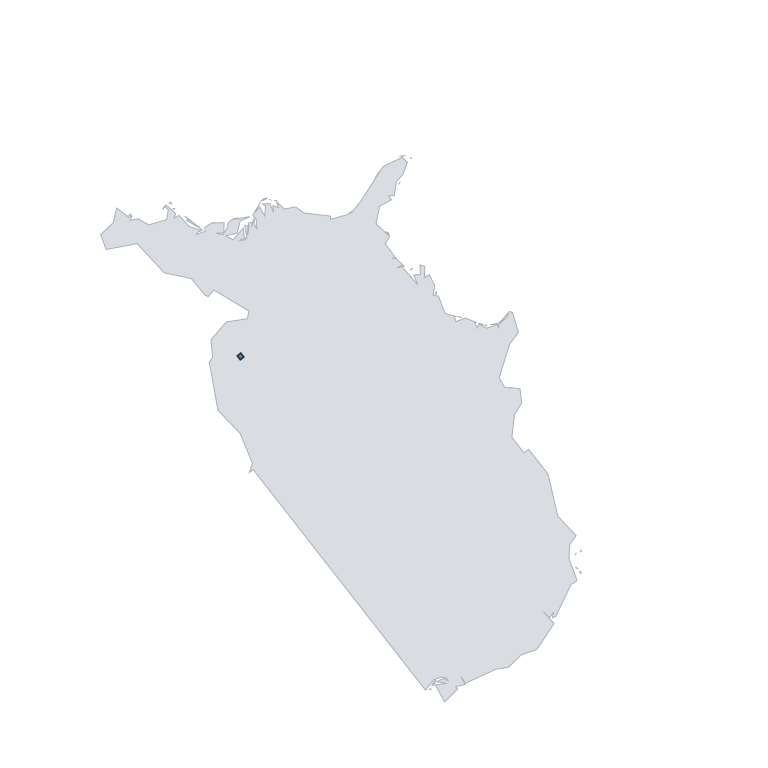 Wexford, Michigan, United States of America (highlighted), rotated 232°
{"feature_id": "52423323B1059568410794", "entity_name": "Wexford", "entity_type": "district", "adm_level": 2, "iso_a3": "USA", "parent_name": "United States of America", "parent_adm1": "Michigan", "projection": "robinson", "projection_center": [-85.559, 44.339], "detail": "fine", "context": "in_parent", "style": "filled", "palette": "slate", "viewbox_px": 768, "rotation_deg": 232, "n_neighbors": 0, "source": "geoboundaries", "source_scale": "gbopen_adm2", "svg_char_len": 3945}
<svg xmlns="http://www.w3.org/2000/svg" viewBox="0 0 768 768"><g transform="rotate(232 384 384)"><path d="M606.9,279.3L646.6,275.9L661.1,247.8L676.2,252.7L677.8,270.0L687.3,281.6L672.4,285.7L671.8,288.9L669.1,284.9L665.7,291.8L654.2,296.6L647.3,314.0L654.3,321.4L658.7,320.5L657.4,317.2L658.9,318.8L659.4,322.4L646.7,324.9L644.1,320.9L643.0,326.3L628.2,327.5L617.3,334.5L618.3,330.5L617.2,328.0L614.5,337.3L617.7,339.0L617.0,347.0L609.7,357.3L601.7,350.9L606.2,344.4L600.9,348.9L603.3,356.1L606.7,360.2L607.4,364.8L598.4,381.5L601.0,371.0L593.3,361.1L597.9,350.6L590.6,353.8L593.5,369.2L586.3,364.5L583.8,365.0L586.0,360.2L585.8,358.7L583.4,362.5L583.4,365.8L594.5,371.8L592.1,374.5L587.1,369.1L585.2,368.2L591.5,374.7L594.2,376.0L592.7,379.9L589.3,376.8L594.6,382.8L593.4,383.6L590.8,380.5L584.1,379.1L592.5,384.8L597.8,384.6L603.4,398.9L598.5,387.9L600.1,395.0L590.1,393.5L597.4,400.6L600.9,398.6L596.6,405.0L587.1,402.7L592.9,406.1L588.0,409.3L593.9,411.7L583.3,413.1L577.9,423.5L568.0,426.3L549.2,445.2L546.7,443.1L539.6,460.4L539.1,464.7L542.2,477.9L556.0,517.1L551.4,537.8L544.4,539.0L537.4,527.9L536.1,518.7L526.1,508.0L529.5,503.3L524.6,503.5L526.7,489.8L515.0,476.2L496.9,479.4L493.7,471.4L476.0,470.8L478.2,467.7L475.1,470.8L467.0,472.2L467.0,466.1L465.6,470.4L441.2,471.6L451.5,474.6L447.9,480.2L455.7,485.7L451.6,488.6L443.0,481.3L442.3,487.0L430.3,484.5L423.7,477.4L419.5,481.0L402.0,475.5L391.7,483.3L394.3,481.1L388.8,479.1L385.8,488.8L374.9,495.0L377.5,493.2L370.5,492.2L372.8,495.5L364.5,499.6L361.1,510.3L357.4,508.6L360.5,511.5L360.8,521.3L364.0,527.3L361.4,529.4L342.0,521.8L338.0,507.4L318.0,478.6L307.4,477.0L296.7,488.3L284.3,480.8L279.2,467.6L263.3,452.0L243.7,451.9L243.3,457.8L212.0,457.8L172.8,439.6L146.1,442.0L143.4,432.0L132.9,422.5L110.2,415.1L110.9,408.0L95.1,376.3L96.2,373.0L99.7,377.2L98.0,370.3L106.6,369.6L90.6,370.5L80.7,340.9L86.1,325.3L84.2,307.7L90.4,296.3L98.1,263.7L105.8,264.6L97.3,262.9L101.4,254.2L98.4,254.3L96.2,236.0L115.2,239.2L109.7,248.8L117.2,241.9L115.2,250.0L110.2,251.9L113.5,252.3L117.7,249.0L120.4,240.8L117.2,228.2L397.0,228.2L397.3,223.4L402.3,231.4L433.5,240.2L465.5,237.0L508.7,259.6L510.5,265.4L525.4,274.9L530.0,297.9L519.6,316.4L524.6,322.5L562.8,307.8L561.1,299.2L564.5,297.7L585.7,297.1L606.9,279.3ZM632.9,331.4L639.2,330.4L616.9,335.9L635.2,329.2L632.9,331.4ZM117.3,236.0L119.0,241.1L118.7,241.9L115.8,238.0L117.3,236.0ZM363.7,525.6L361.3,516.9L361.6,512.0L361.9,517.2L363.7,525.6ZM674.1,286.4L674.1,289.1L673.1,288.5L674.1,286.4ZM423.9,479.9L424.3,482.0L422.4,480.3L423.9,479.9ZM118.5,423.1L121.3,422.0L121.5,422.4L118.5,423.1ZM115.7,422.4L114.5,423.8L113.7,422.5L115.7,422.4ZM652.6,325.3L650.9,327.0L650.4,326.6L652.6,325.3ZM363.2,507.5L361.6,511.4L365.5,503.8L363.2,507.5ZM552.0,504.2L554.6,511.9L551.5,503.4L552.0,504.2ZM131.6,429.6L132.6,431.7L131.5,429.8L131.6,429.6ZM552.6,539.0L550.4,541.4L554.0,536.3L552.6,539.0ZM604.3,403.7L601.9,406.7L603.7,399.5L604.3,403.7ZM115.4,231.8L115.2,233.3L114.2,232.6L115.4,231.8ZM372.9,497.0L369.0,498.8L373.0,496.4L372.9,497.0ZM658.7,326.1L658.7,328.0L656.8,327.5L658.7,326.1ZM131.0,435.4L131.7,438.0L130.6,435.7L131.0,435.4ZM368.0,500.3L366.5,501.3L367.8,499.7L368.0,500.3ZM606.5,368.0L604.0,372.0L606.8,366.5L606.5,368.0ZM390.4,485.0L387.9,486.5L391.6,483.9L390.4,485.0ZM540.1,462.5L539.7,465.7L539.4,463.4L540.1,462.5ZM594.8,412.2L594.0,412.8L596.4,410.4L594.8,412.2ZM503.4,478.7L500.3,480.4L499.1,480.0L503.4,478.7ZM465.9,471.6L465.3,472.2L463.6,472.1L465.9,471.6ZM532.8,519.0L533.2,521.2L532.3,518.5L532.8,519.0ZM458.0,476.1L457.5,478.2L457.4,474.5L458.0,476.1ZM545.8,544.4L544.1,544.6L546.4,544.0L545.8,544.4ZM616.5,348.4L615.3,350.4L616.7,347.5L616.5,348.4ZM600.1,407.3L599.0,408.0L598.8,408.0L600.1,407.3Z" fill="#d9dde1" stroke="#a8b0b8" stroke-width="1"/><path d="M491.5,285.6L491.5,290.2L494.2,290.2L495.4,290.2L496.6,290.2L496.5,286.8L496.6,285.7L491.5,285.6Z" fill="#64748b" stroke="#1e293b" stroke-width="1.5"/></g></svg>